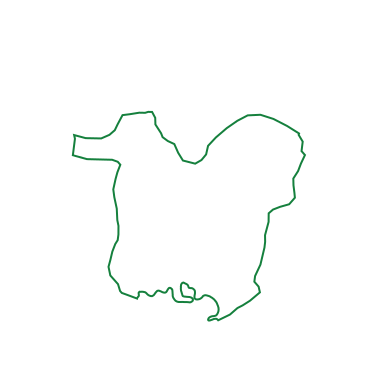 Wiwon, Chagang-do, North Korea (Mercator projection), rotated 229°
{"feature_id": "82179303B10108678790042", "entity_name": "Wiwon", "entity_type": "district", "adm_level": 2, "iso_a3": "PRK", "parent_name": "North Korea", "parent_adm1": "Chagang-do", "projection": "mercator", "projection_center": [126.021, 40.774], "detail": "fine", "context": "isolated", "style": "outline", "palette": "green", "viewbox_px": 384, "rotation_deg": 229, "n_neighbors": 0, "source": "geoboundaries", "source_scale": "gbopen_adm2", "svg_char_len": 5794}
<svg xmlns="http://www.w3.org/2000/svg" viewBox="0 0 384 384"><g transform="rotate(229 192 192)"><path d="M111.5,218.8L119.2,230.2L125.6,235.9L125.6,241.6L123.0,248.8L119.0,257.3L120.2,265.9L124.1,268.7L130.5,273.0L135.7,277.3L138.2,285.8L142.0,292.9L145.8,301.5L151.0,301.5L157.4,308.6L165.2,310.0L165.9,311.2L179.4,307.1L193.7,301.4L205.4,294.3L213.3,284.3L216.0,272.9L217.4,260.1L217.5,245.8L216.3,234.4L211.1,227.3L209.9,220.1L211.3,213.0L221.7,205.8L230.7,207.3L239.8,210.1L246.3,207.2L252.7,205.8L256.6,207.2L267.0,208.7L272.1,212.9L278.6,214.4L281.2,211.5L282.5,208.6L286.4,204.3L291.7,195.8L295.6,190.0L291.8,180.1L289.3,174.3L289.3,167.2L292.0,158.6L302.4,147.1L312.3,140.4L309.0,138.6L297.9,126.2L285.7,134.3L268.7,152.9L263.5,155.8L259.6,155.8L255.8,148.6L252.0,142.9L245.6,134.3L239.1,130.0L228.8,124.3L219.8,117.2L214.7,114.3L208.2,108.6L204.4,104.3L203.1,100.0L199.3,92.8L194.2,85.7L190.3,79.9L182.6,75.6L171.0,75.7L164.5,72.8L161.9,72.8L156.7,75.7L147.7,80.6L147.8,80.7L147.9,80.9L148.1,81.7L148.2,82.1L148.4,83.4L148.5,83.6L148.6,83.8L148.9,84.1L149.1,84.3L149.6,84.6L150.6,85.3L150.7,85.5L150.9,85.6L151.0,85.9L151.1,86.1L151.1,86.3L151.1,86.5L151.1,86.8L151.1,87.0L150.9,87.1L150.6,87.5L149.8,88.5L148.9,89.5L148.4,89.9L148.2,90.0L147.9,90.3L147.3,90.7L147.1,90.8L146.8,91.0L146.5,91.0L146.2,91.1L145.5,91.2L144.6,91.2L143.5,91.3L143.1,91.4L142.2,91.7L141.9,91.8L141.5,92.0L141.3,92.1L140.9,92.4L140.6,92.5L140.2,92.9L140.0,93.1L139.9,93.3L139.6,93.6L139.6,93.8L139.5,94.0L139.4,94.4L139.3,95.2L139.3,95.9L139.4,96.2L139.6,97.2L139.8,97.7L139.8,98.0L139.9,98.3L139.9,98.6L140.0,98.9L140.0,99.1L140.1,99.5L140.1,99.8L140.1,100.1L140.2,100.4L140.1,100.7L140.1,101.1L140.0,101.3L139.8,101.6L139.7,101.8L139.6,102.0L139.2,102.3L138.8,102.6L138.3,102.8L138.0,103.0L137.6,103.2L137.2,103.4L137.0,103.5L136.7,103.6L135.9,103.9L135.4,104.2L135.3,104.3L135.1,104.4L134.7,104.7L134.5,104.8L134.3,105.0L134.0,105.3L133.8,105.6L133.6,105.9L133.5,106.2L133.5,106.4L133.4,106.8L133.4,107.1L133.5,107.3L133.6,107.6L133.7,108.1L134.0,109.0L134.3,109.6L134.5,110.6L134.6,111.1L134.6,111.3L134.6,111.6L134.6,111.8L134.5,112.0L134.3,112.2L134.2,112.4L134.1,112.5L133.7,112.8L133.4,112.9L133.0,113.0L132.5,113.0L132.3,113.0L132.0,113.1L131.8,113.0L131.6,113.1L131.3,113.0L131.0,112.9L130.0,112.2L129.7,112.0L129.5,111.8L129.2,111.6L128.4,111.0L127.8,110.5L127.4,110.3L127.2,110.1L126.7,109.6L126.3,109.4L126.1,109.2L125.6,108.9L125.0,108.7L124.3,108.5L124.0,108.4L123.0,108.3L122.1,108.2L121.2,108.2L120.9,108.2L120.6,108.3L120.4,108.3L119.9,108.5L119.6,108.6L118.9,108.9L118.7,109.1L118.2,109.4L118.0,109.5L117.6,110.0L117.0,110.6L116.8,110.9L116.0,111.7L115.8,112.1L115.3,112.6L114.9,113.1L114.6,113.3L114.4,113.6L114.1,113.9L113.8,114.2L113.3,114.8L112.7,115.4L112.4,115.8L112.2,116.0L111.7,116.5L111.2,117.0L110.6,117.5L110.4,117.7L110.2,117.9L110.1,118.1L109.7,118.6L109.6,119.0L109.5,119.6L109.4,120.2L109.4,120.6L109.4,121.0L109.5,121.2L109.7,121.5L109.9,121.9L110.1,122.0L110.4,122.2L110.7,122.3L111.2,122.4L111.5,122.4L112.2,122.4L112.8,122.2L113.8,121.6L114.3,121.3L114.9,120.7L115.6,120.0L115.8,119.8L116.2,119.4L116.6,119.0L117.2,118.5L117.6,118.1L118.0,117.7L118.7,117.2L119.3,116.9L119.6,116.8L119.8,116.9L120.3,117.0L121.5,117.6L121.8,117.7L122.5,118.0L123.0,118.3L123.8,118.6L124.5,118.9L125.0,119.2L125.6,119.6L125.9,119.8L126.2,120.0L126.5,120.3L126.9,120.7L127.3,121.1L127.8,121.4L128.0,121.6L128.1,121.8L128.5,122.2L129.0,122.7L129.2,123.0L129.3,123.3L129.5,123.7L129.6,124.0L129.7,124.5L129.7,124.8L129.7,125.0L129.5,125.5L129.5,125.8L129.4,126.0L129.2,126.1L128.9,126.3L128.4,126.5L127.5,126.8L126.5,127.3L125.9,127.5L125.1,127.7L124.8,127.7L124.5,127.7L124.3,127.7L123.4,127.4L122.9,127.2L122.7,127.1L122.2,126.9L121.8,126.9L121.6,126.9L121.5,127.0L120.5,127.8L120.3,128.0L120.0,128.2L119.8,128.6L119.6,128.7L119.4,128.9L119.2,129.0L118.7,129.2L118.4,129.3L118.0,129.4L117.8,129.4L117.3,129.5L117.0,129.5L116.8,129.5L116.5,129.5L116.3,129.5L116.0,129.4L115.8,129.4L115.3,129.1L115.2,129.0L114.8,128.8L114.5,128.6L113.8,127.9L113.5,127.7L113.1,127.2L112.7,126.7L112.3,126.1L112.1,125.9L111.9,125.8L111.6,125.4L111.4,125.2L111.2,125.0L110.6,124.5L110.3,124.4L110.0,124.3L109.1,124.3L108.8,124.4L108.7,124.5L108.3,124.6L107.9,125.0L107.4,125.5L106.7,126.6L106.3,127.4L106.2,127.8L106.0,128.4L105.9,129.5L105.9,129.8L105.9,130.6L106.0,131.1L106.1,131.4L106.2,131.7L106.2,132.0L106.2,132.3L106.1,132.7L106.0,133.1L105.9,133.4L105.5,134.2L105.1,134.6L104.9,134.8L104.6,135.0L104.4,135.2L104.1,135.4L103.8,135.6L103.1,136.0L102.6,136.4L102.0,136.7L101.7,136.8L101.4,137.0L101.1,137.1L100.3,137.3L99.9,137.4L99.4,137.6L98.8,137.8L97.6,138.0L97.0,138.1L96.7,138.2L96.0,138.2L94.8,138.2L94.4,138.1L94.1,138.2L93.8,138.1L93.5,138.1L93.2,138.1L92.9,138.1L92.3,137.9L92.1,137.9L91.4,137.7L90.4,137.3L89.9,137.1L89.7,137.1L88.9,136.8L88.3,136.5L88.1,136.4L87.8,136.3L87.5,136.2L87.4,136.1L87.2,136.0L87.0,135.8L86.5,135.5L86.4,135.4L86.2,135.3L85.8,134.9L85.3,134.4L85.1,134.2L84.9,133.9L84.5,133.5L84.3,133.1L84.2,132.9L84.0,132.6L83.9,132.4L83.8,132.2L83.6,131.7L83.4,131.2L83.3,130.9L83.2,130.6L83.2,130.4L83.1,130.1L83.0,129.4L83.1,129.1L83.2,128.8L83.3,128.4L83.6,127.8L83.8,127.5L84.1,127.0L84.2,126.7L84.4,126.5L84.6,126.3L84.8,126.0L85.2,125.4L85.3,125.0L85.5,124.7L85.6,124.3L85.8,123.7L85.8,123.4L85.9,123.0L85.9,122.8L85.9,122.1L85.8,121.7L85.6,121.2L85.2,120.5L84.9,120.3L84.7,120.2L84.2,120.2L83.6,120.8L83.3,121.3L83.1,121.7L82.8,122.5L82.6,123.0L82.4,123.4L82.3,123.8L81.8,125.2L81.6,125.5L81.4,125.9L80.9,126.5L80.4,127.1L80.1,127.3L79.4,127.5L79.0,127.6L78.4,127.6L78.0,127.6L74.6,140.2L74.6,150.2L73.2,155.9L71.9,164.5L71.7,177.4L76.9,180.2L83.4,180.2L87.2,184.5L92.3,196.0L102.5,210.2L106.4,214.5L111.5,218.8Z" fill="none" stroke="#15803d" stroke-width="2"/></g></svg>